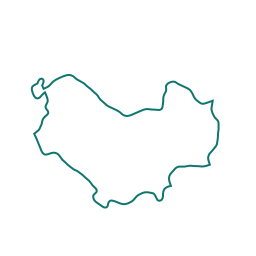 Las Matas de Santa Cruz, Monte Cristi, Dominican Republic, rotated 247°
{"feature_id": "3306468B23054065948148", "entity_name": "Las Matas de Santa Cruz", "entity_type": "district", "adm_level": 2, "iso_a3": "DOM", "parent_name": "Dominican Republic", "parent_adm1": "Monte Cristi", "projection": "orthographic", "projection_center": [-71.454, 19.622], "detail": "fine", "context": "isolated", "style": "outline", "palette": "teal", "viewbox_px": 256, "rotation_deg": 247, "n_neighbors": 0, "source": "geoboundaries", "source_scale": "gbopen_adm2", "svg_char_len": 3237}
<svg xmlns="http://www.w3.org/2000/svg" viewBox="0 0 256 256"><g transform="rotate(247 128 128)"><path d="M62.2,189.0L65.9,189.3L67.6,189.6L69.3,190.1L70.6,191.0L71.8,192.1L72.7,193.4L74.4,197.1L77.0,201.9L77.9,203.1L79.1,204.0L83.7,206.8L87.5,208.6L91.7,211.0L96.7,213.1L98.1,213.5L98.8,213.6L100.1,213.4L103.5,212.1L105.2,211.8L108.7,211.6L111.3,211.9L113.0,212.3L113.8,212.7L120.0,216.6L120.4,209.9L120.7,207.5L121.2,206.0L121.7,205.3L122.2,204.8L123.4,203.9L126.0,202.4L128.2,201.4L130.7,200.9L135.0,200.7L136.8,200.4L138.4,200.0L139.3,199.6L141.6,198.0L148.6,191.7L151.8,189.5L152.4,188.9L152.8,188.3L153.3,186.8L153.6,185.2L153.5,182.8L153.1,181.3L152.7,180.6L152.3,179.9L151.1,179.1L148.5,178.2L147.3,177.5L146.8,177.1L145.0,174.8L143.3,173.2L142.0,172.3L138.3,170.6L133.8,167.9L132.8,167.0L132.5,166.3L132.3,165.5L132.2,164.8L132.6,163.3L134.3,160.1L135.7,157.1L137.7,153.6L138.3,152.0L138.5,151.1L138.7,149.3L138.8,147.4L138.7,136.0L139.0,133.3L139.5,131.6L140.4,130.2L141.5,129.0L142.8,128.1L145.7,126.7L147.2,125.7L149.4,124.0L155.0,118.9L157.3,117.3L160.3,115.9L164.6,113.8L166.2,113.3L169.6,112.7L171.2,112.2L175.5,110.1L178.6,108.8L182.7,106.5L185.0,105.5L186.6,104.7L192.3,100.3L193.7,99.4L196.7,98.0L198.5,96.5L199.5,95.2L199.9,94.5L200.2,93.7L200.6,91.9L200.9,88.1L200.8,83.4L200.6,80.5L200.1,77.8L199.5,76.1L197.9,72.5L197.4,70.9L197.2,69.1L197.0,65.6L200.6,65.6L202.8,67.8L203.9,68.5L204.6,68.8L205.3,68.8L206.1,68.7L206.8,68.2L207.3,67.5L207.4,66.7L207.4,66.0L207.2,65.3L206.4,64.1L204.3,61.9L204.2,59.2L203.9,57.4L203.6,56.6L203.1,55.8L202.4,55.2L200.7,54.4L197.9,54.0L195.1,54.0L193.4,54.2L192.5,54.5L191.7,54.9L191.1,55.5L190.6,56.2L190.4,57.7L190.8,59.3L192.3,62.4L193.3,65.5L188.5,65.5L186.6,65.3L184.9,64.9L183.5,64.2L180.8,61.2L179.8,60.4L179.2,60.2L178.0,60.1L175.8,60.7L174.6,60.8L173.3,60.6L172.7,60.2L171.9,59.1L170.8,55.6L169.7,53.6L168.2,52.0L165.2,49.9L161.6,46.0L160.9,44.7L159.3,39.4L153.9,39.6L141.2,39.4L139.4,39.5L137.8,39.9L137.0,40.3L136.4,40.8L135.9,41.5L135.5,42.3L135.2,43.9L134.8,48.2L134.3,50.0L133.5,51.3L132.4,52.5L131.8,53.0L131.1,53.4L129.5,54.0L124.6,55.1L120.3,57.1L117.2,58.4L111.2,61.8L108.2,64.5L103.6,67.2L102.2,68.0L99.1,69.3L94.8,71.5L93.2,72.0L89.0,73.0L85.0,74.7L83.6,74.9L82.9,74.8L82.3,74.6L81.7,74.2L81.3,73.8L80.8,72.7L80.2,70.9L79.5,69.8L78.9,69.4L77.5,68.9L76.8,68.7L75.2,68.7L73.6,69.1L72.1,69.8L65.4,74.0L64.3,74.9L63.7,75.9L63.5,76.6L63.5,77.3L63.6,77.9L63.9,78.5L64.3,78.9L66.3,80.3L67.2,81.2L67.8,82.4L67.9,83.1L67.9,83.9L67.6,84.6L66.7,86.0L65.6,87.3L61.7,91.2L60.0,93.4L59.2,95.1L58.7,97.7L58.7,99.5L58.8,101.3L59.2,103.9L59.8,105.4L61.6,109.0L62.3,111.5L62.4,113.3L62.5,116.0L62.3,117.8L61.8,119.5L61.2,120.9L59.1,124.2L58.2,125.4L57.7,125.9L57.0,126.2L55.5,126.6L51.8,126.8L50.4,127.0L49.8,127.3L49.2,127.8L48.8,128.4L48.6,129.2L48.6,129.9L48.7,130.7L49.0,131.3L50.0,132.5L51.8,133.7L53.9,134.6L55.3,135.4L56.5,136.4L57.5,137.6L58.1,139.2L58.4,140.9L58.3,142.6L57.9,144.9L62.3,145.2L64.0,145.5L65.7,146.1L66.4,146.5L67.7,147.4L68.8,148.6L69.6,150.1L72.0,155.1L72.5,156.6L72.7,157.4L72.6,159.1L72.5,159.9L70.4,164.9L69.4,169.1L68.9,170.7L66.7,174.9L65.3,178.0L63.8,180.8L63.2,182.3L62.6,184.8L62.2,189.0Z" fill="none" stroke="#0f766e" stroke-width="2"/></g></svg>